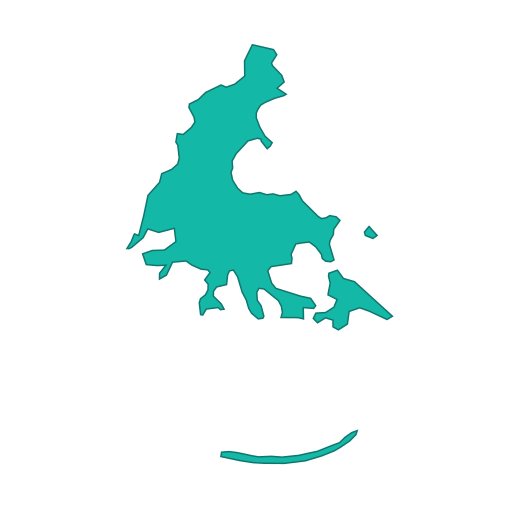 outline of St. Bernard, Louisiana, United States of America, rotated 82°
{"feature_id": "52423323B38935818871161", "entity_name": "St. Bernard", "entity_type": "district", "adm_level": 2, "iso_a3": "USA", "parent_name": "United States of America", "parent_adm1": "Louisiana", "projection": "equal_earth", "projection_center": [-89.414, 29.891], "detail": "fine", "context": "isolated", "style": "filled", "palette": "teal", "viewbox_px": 512, "rotation_deg": 82, "n_neighbors": 0, "source": "geoboundaries", "source_scale": "gbopen_adm2", "svg_char_len": 2880}
<svg xmlns="http://www.w3.org/2000/svg" viewBox="0 0 512 512"><g transform="rotate(82 256 256)"><path d="M101.1,206.3L100.0,203.6L92.8,211.8L87.6,203.9L80.7,205.4L69.8,213.2L67.1,213.8L59.6,207.4L54.1,209.9L46.3,230.2L61.1,240.2L76.2,242.1L82.9,253.1L84.7,262.0L81.8,266.8L87.0,283.0L93.1,291.4L96.2,300.7L99.6,301.8L109.9,298.0L114.9,297.9L119.6,302.0L125.5,311.1L123.9,316.9L132.0,319.5L135.4,318.0L148.4,318.4L154.0,320.7L158.5,327.4L161.4,337.9L169.7,341.3L180.9,354.5L201.1,361.8L219.4,369.3L217.2,373.2L217.9,373.8L224.3,377.5L230.6,382.7L230.6,382.4L231.1,380.9L230.2,378.0L222.2,365.3L214.1,359.4L219.1,349.1L217.2,333.0L230.6,333.3L237.4,345.9L236.1,358.0L238.1,368.0L249.2,365.9L251.7,355.4L252.6,346.5L259.7,353.9L265.4,354.8L262.5,347.4L250.5,339.5L251.2,325.9L256.0,320.9L261.4,312.3L263.0,305.7L266.0,303.8L272.6,310.2L277.2,307.3L283.0,308.3L287.4,311.5L290.6,316.9L294.4,318.7L306.4,319.0L307.0,316.9L301.6,312.6L301.8,300.6L304.2,298.7L304.2,295.0L298.6,297.1L289.8,303.8L285.0,303.0L281.2,299.3L280.2,289.1L270.6,286.7L267.0,284.3L266.8,280.3L274.0,277.1L290.0,274.7L298.0,271.8L306.8,270.5L312.2,268.3L318.6,262.5L318.6,257.9L316.8,256.6L306.0,257.9L300.0,260.9L292.2,260.3L288.4,257.7L289.8,252.6L303.2,240.1L309.2,237.9L315.6,237.7L320.4,239.8L322.9,222.8L324.9,217.7L313.7,216.4L315.9,206.2L313.5,203.8L305.5,207.8L302.0,217.4L290.8,240.9L285.0,244.3L272.3,246.4L268.6,242.6L268.4,221.9L263.4,220.7L259.2,221.0L249.6,214.9L249.4,209.1L249.6,201.2L253.1,197.7L255.5,195.4L263.4,191.0L267.7,190.7L270.8,187.8L272.1,182.8L270.8,179.3L254.6,181.7L250.9,180.5L245.5,176.4L240.4,175.3L232.4,167.9L228.3,171.2L226.3,177.4L227.9,181.2L228.1,185.8L225.5,189.0L208.0,202.3L200.9,205.0L197.5,207.4L199.9,212.6L199.7,223.9L196.9,230.4L196.8,236.9L193.6,243.7L194.0,253.1L191.6,260.4L186.3,264.8L177.6,268.6L169.6,269.1L165.8,266.9L158.6,266.4L151.9,261.4L140.9,247.9L139.6,238.5L140.8,234.9L143.1,234.8L151.3,230.0L149.1,226.6L146.0,224.2L138.8,230.3L129.3,234.2L119.2,236.5L114.4,235.8L110.6,233.4L109.3,232.2L107.2,230.3L105.2,225.7L102.4,215.4L101.6,209.8L101.1,206.3ZM281.4,177.3L283.2,186.2L286.1,187.0L293.2,186.3L302.8,189.6L304.5,190.1L310.3,181.8L317.5,185.9L321.7,195.0L320.9,204.7L325.8,208.0L330.7,204.3L326.9,195.8L330.2,188.7L336.9,189.6L340.6,184.7L336.2,175.0L323.9,171.5L321.7,160.5L326.7,151.0L337.1,135.1L334.6,129.3L319.6,141.8L295.1,162.1L290.4,172.6L281.4,177.3ZM443.0,180.1L444.2,185.7L447.8,192.8L452.5,199.3L454.3,207.5L458.0,222.6L458.5,230.7L459.4,241.2L458.8,258.2L456.5,268.7L455.3,281.4L453.0,288.6L450.3,295.8L447.9,302.6L445.9,310.1L445.5,317.4L449.7,318.7L456.3,300.6L460.3,287.3L462.4,276.5L465.3,256.8L465.7,235.7L463.1,218.8L459.8,205.5L457.1,199.0L452.1,188.8L446.8,181.9L443.0,180.1ZM246.3,137.4L242.5,139.9L247.4,145.3L250.9,144.8L254.9,137.8L252.5,133.2L246.3,137.4Z" fill="#14b8a6" stroke="#0f766e" stroke-width="1.5"/></g></svg>